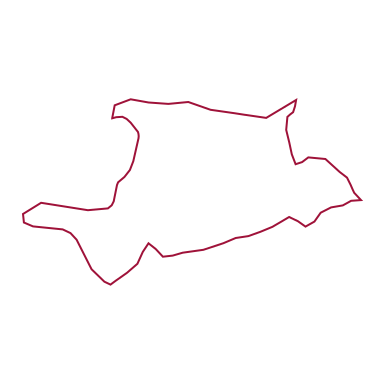 SVG path tracing the border of Kəlbəcər
{"feature_id": "AZE-1682", "entity_name": "Kəlbəcər", "entity_type": "District", "adm_level": 1, "iso_a3": "AZE", "parent_name": "Azerbaijan", "parent_adm1": "", "projection": "natural_earth1", "projection_center": [46.186, 40.056], "detail": "fine", "context": "isolated", "style": "outline", "palette": "rose", "viewbox_px": 384, "rotation_deg": 0, "n_neighbors": 0, "source": "natural_earth", "source_scale": "10m", "svg_char_len": 1146}
<svg xmlns="http://www.w3.org/2000/svg" viewBox="0 0 384 384"><path d="M87.9,210.2L107.9,208.4L111.7,205.3L113.7,201.4L117.0,185.0L118.1,182.3L124.4,177.0L129.9,170.0L133.3,161.2L138.5,138.3L138.7,136.2L138.5,134.1L138.0,132.0L130.7,122.7L126.6,118.9L122.4,116.8L116.2,117.2L112.2,118.3L112.2,118.2L114.7,105.3L130.7,99.3L148.6,102.5L168.4,103.9L188.3,102.0L210.6,109.8L234.4,113.2L245.4,114.9L245.6,114.9L266.2,117.9L296.1,100.0L295.0,106.3L293.1,112.2L290.2,114.4L287.4,116.9L286.2,129.9L289.3,142.6L291.8,154.3L295.6,164.2L302.1,162.1L308.3,157.4L325.4,159.0L339.7,172.0L347.0,177.6L350.6,184.8L352.6,189.4L354.2,192.8L361.0,200.1L351.1,200.8L348.8,202.1L342.8,205.4L331.1,207.4L320.7,212.7L314.4,221.6L305.5,226.6L297.9,221.2L289.1,217.0L281.2,221.7L274.5,225.6L272.5,226.8L260.4,231.8L248.4,236.1L235.7,238.0L223.4,243.2L203.4,249.8L182.7,252.7L172.7,255.6L162.9,256.7L155.8,249.1L148.5,243.3L142.8,251.9L137.4,263.8L127.0,272.8L115.9,280.6L110.5,284.6L104.4,281.7L91.6,269.3L89.4,265.0L76.6,239.7L70.5,233.1L62.7,229.4L33.0,226.4L23.9,222.5L23.4,217.6L23.0,214.0L41.1,202.8L87.9,210.2Z" fill="none" stroke="#9f1239" stroke-width="2"/></svg>